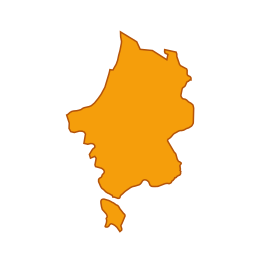 an SVG outline of Valencia, rotated 222°
{"feature_id": "ESP-5849", "entity_name": "Valencia", "entity_type": "Autonomous Community", "adm_level": 1, "iso_a3": "ESP", "parent_name": "Spain", "parent_adm1": "", "projection": "natural_earth1", "projection_center": [-1.049, 39.449], "detail": "fine", "context": "isolated", "style": "filled", "palette": "amber", "viewbox_px": 256, "rotation_deg": 222, "n_neighbors": 0, "source": "natural_earth", "source_scale": "10m", "svg_char_len": 3558}
<svg xmlns="http://www.w3.org/2000/svg" viewBox="0 0 256 256"><g transform="rotate(222 128 128)"><path d="M182.3,96.6L181.8,97.8L181.5,100.7L180.9,102.6L179.9,104.1L177.7,106.5L176.4,108.3L175.2,110.3L174.8,112.3L174.1,113.8L171.2,117.9L170.2,120.0L169.6,124.2L169.9,130.0L170.5,135.0L172.4,142.8L178.3,155.3L179.3,157.2L180.5,159.3L179.3,160.0L178.0,161.1L178.5,163.2L179.4,167.5L181.0,171.4L183.5,175.7L185.9,180.4L189.5,186.4L190.8,188.1L194.4,190.8L197.9,194.4L179.2,197.9L171.6,194.6L161.7,201.9L144.8,204.7L147.6,209.4L149.4,208.7L150.7,208.5L151.9,209.2L153.2,210.8L143.0,216.6L141.2,215.6L139.6,213.8L132.2,209.7L130.5,209.5L124.0,211.1L122.7,210.5L120.2,207.7L119.3,207.2L118.3,207.1L116.4,207.7L115.4,207.6L114.6,207.3L113.3,205.8L114.2,205.1L114.4,203.1L114.7,202.6L115.0,201.8L114.9,201.2L113.7,197.6L113.7,196.7L114.1,194.9L114.2,194.0L113.7,192.9L110.6,187.7L109.5,186.9L108.5,186.6L107.6,186.4L106.9,186.4L106.3,186.7L104.9,187.6L103.2,188.0L100.5,187.9L97.9,188.5L95.4,188.6L94.1,187.9L92.5,186.7L83.4,176.1L82.7,175.1L82.2,173.2L82.1,172.0L82.3,171.0L82.6,170.1L82.8,169.3L83.1,168.5L84.1,166.8L84.4,166.0L85.0,164.2L85.4,163.4L86.5,161.9L87.2,161.3L87.8,160.6L88.6,158.9L88.8,158.1L89.2,157.0L89.4,156.3L89.7,155.6L90.0,154.7L90.2,153.0L90.0,152.1L90.1,151.3L90.0,150.4L90.2,148.5L90.4,147.6L90.7,146.8L90.6,145.8L90.0,144.9L77.6,141.0L76.6,140.9L75.8,140.9L74.8,140.5L70.6,137.8L68.6,137.1L67.7,137.1L67.2,137.4L66.7,137.5L65.9,137.5L65.3,137.6L64.9,137.5L64.6,136.7L64.5,136.1L64.4,135.3L64.3,134.8L64.0,134.3L63.1,134.0L62.8,133.5L62.7,133.2L62.0,132.9L61.5,132.5L61.2,131.8L61.0,131.3L59.7,131.1L59.2,130.1L58.8,129.8L58.4,129.3L58.2,128.8L58.1,128.2L58.1,127.6L58.6,126.7L59.2,124.7L59.1,123.5L59.3,123.0L59.7,122.6L60.0,122.4L59.9,122.1L59.7,121.9L59.5,121.4L59.6,120.4L59.5,119.8L59.5,119.2L59.6,118.7L59.8,118.0L59.8,117.8L59.8,117.7L59.7,117.3L59.5,116.9L59.4,116.6L59.4,116.1L59.5,115.7L60.0,114.4L60.3,114.0L61.2,113.6L62.2,112.7L63.3,111.3L66.6,104.8L67.2,104.1L69.3,102.1L71.0,100.7L71.8,100.3L72.7,100.3L73.5,100.3L75.1,101.1L75.9,101.5L76.7,101.8L78.4,101.8L79.3,101.6L80.1,101.2L80.9,100.7L81.4,100.0L81.8,99.1L81.8,98.0L81.4,96.2L81.4,95.4L81.4,94.4L81.7,93.3L83.9,89.6L84.9,88.2L85.6,87.1L86.3,85.3L87.7,79.3L87.9,77.4L88.0,75.6L88.3,73.7L88.3,72.8L88.1,72.1L87.5,71.0L87.4,70.4L87.6,69.8L88.3,69.0L91.9,67.5L93.1,66.5L94.6,67.4L96.8,66.8L97.6,66.8L99.4,66.1L101.7,65.7L105.0,65.9L106.7,65.7L107.7,65.8L109.3,66.3L113.9,68.4L115.3,69.9L115.6,70.9L115.5,71.8L115.2,72.6L115.0,73.4L115.0,74.2L115.3,74.9L115.7,75.6L115.8,76.3L115.8,77.2L115.8,78.1L115.9,79.0L116.4,79.7L117.2,80.2L118.1,80.6L119.9,80.5L121.1,80.2L126.3,77.6L127.9,78.5L131.4,84.2L133.7,84.7L135.7,80.5L139.0,82.5L140.0,87.7L140.1,89.4L139.8,90.6L139.8,91.6L141.0,92.7L142.5,93.0L144.1,92.5L145.5,91.3L147.0,89.0L150.5,87.1L155.6,95.1L157.7,95.7L159.9,95.0L162.1,93.1L164.9,88.7L168.1,87.0L171.5,88.2L175.0,92.4L182.3,96.6ZM78.6,39.4L79.2,39.6L79.4,40.1L80.0,41.7L80.8,43.4L81.3,44.1L81.9,44.9L82.5,45.5L83.3,45.9L83.7,46.2L83.8,46.8L83.8,47.4L84.1,48.1L84.8,48.8L86.6,49.6L92.6,50.3L94.9,51.7L98.0,54.2L99.2,55.5L99.5,56.3L99.6,57.1L99.3,57.9L98.8,58.6L98.1,59.2L93.7,61.3L91.5,61.9L89.8,62.2L89.2,62.5L87.4,62.8L85.8,62.9L84.9,63.1L84.7,63.2L84.0,63.5L82.5,63.4L79.9,62.5L74.0,61.5L73.0,61.6L72.1,61.3L71.3,60.6L68.7,53.2L68.3,51.7L68.1,50.9L67.7,50.4L65.4,49.1L64.8,48.5L64.4,47.9L64.7,45.6L69.7,46.8L72.6,46.8L74.6,46.4L76.3,45.7L76.8,44.9L76.9,44.0L76.6,42.2L76.8,41.2L77.3,40.3L78.6,39.4Z" fill="#f59e0b" stroke="#b45309" stroke-width="1.5"/></g></svg>